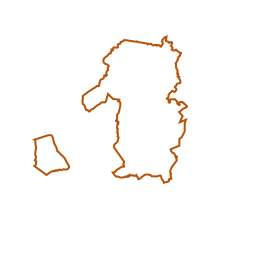 Huehuetlán el Chico, Puebla, Mexico (orthographic projection), rotated 44°
{"feature_id": "50627088B51636032472244", "entity_name": "Huehuetlán el Chico", "entity_type": "district", "adm_level": 2, "iso_a3": "MEX", "parent_name": "Mexico", "parent_adm1": "Puebla", "projection": "orthographic", "projection_center": [-98.73, 18.359], "detail": "fine", "context": "isolated", "style": "outline", "palette": "amber", "viewbox_px": 256, "rotation_deg": 44, "n_neighbors": 0, "source": "geoboundaries", "source_scale": "gbopen_adm2", "svg_char_len": 5723}
<svg xmlns="http://www.w3.org/2000/svg" viewBox="0 0 256 256"><g transform="rotate(44 128 128)"><path d="M99.3,36.0L98.5,38.1L98.1,38.3L97.5,38.1L96.8,38.1L94.9,39.0L94.6,38.8L92.3,35.6L92.1,36.4L91.3,37.3L91.6,37.9L91.7,38.6L91.4,40.5L91.9,40.9L92.2,42.2L93.2,42.4L94.3,42.9L94.3,43.2L95.0,44.6L94.9,45.4L95.1,46.2L94.9,46.2L94.7,46.8L94.0,46.8L93.7,46.5L91.5,47.9L91.5,48.6L90.7,48.5L90.5,48.8L89.8,49.4L89.7,50.0L89.0,50.5L88.6,51.2L87.1,51.5L86.1,51.4L85.8,51.7L85.7,52.1L83.9,53.4L83.9,54.1L83.3,53.8L75.3,59.4L74.2,59.5L74.1,60.2L64.1,67.3L64.4,68.1L64.3,68.6L64.0,69.4L63.5,70.0L63.5,70.6L63.1,70.9L63.0,71.3L63.7,72.5L63.8,73.1L63.4,73.4L62.7,74.9L63.1,75.6L64.2,76.4L64.6,77.0L64.6,77.4L63.0,79.0L62.6,79.2L61.8,79.9L61.7,80.3L62.3,81.1L62.1,82.0L61.6,82.9L62.0,83.0L63.1,82.7L63.2,82.9L62.7,84.1L62.5,85.0L63.6,85.8L63.6,86.3L62.7,87.8L63.0,91.0L62.7,92.0L62.4,94.4L62.8,95.4L63.2,96.1L63.1,96.4L64.6,97.5L65.8,97.8L67.3,97.6L68.5,96.9L69.4,96.7L70.8,96.6L71.3,97.0L71.8,98.7L72.1,99.3L72.6,99.7L73.3,100.0L73.5,100.4L73.3,101.3L73.3,102.0L74.3,103.7L75.0,104.5L75.9,104.5L76.2,105.2L76.0,105.9L75.8,106.2L74.7,106.3L74.4,106.6L75.4,108.1L75.9,109.5L75.5,110.5L75.0,111.5L74.9,112.7L75.3,113.7L76.2,115.5L77.6,117.2L77.8,117.9L77.8,118.4L77.4,118.7L76.9,118.7L76.3,119.9L76.4,120.6L74.2,129.7L74.1,131.3L73.5,134.2L73.3,136.5L73.6,137.0L75.2,138.0L75.6,139.2L77.7,141.3L78.7,142.1L79.6,141.9L81.3,142.1L82.0,142.4L83.6,143.4L84.6,143.6L85.2,144.0L85.5,143.6L86.6,143.4L87.0,143.3L87.2,143.0L88.2,143.3L88.4,143.2L88.8,142.9L89.0,142.4L88.8,141.9L88.7,140.6L88.9,139.9L89.6,138.5L90.2,132.8L91.2,129.8L90.9,129.4L91.1,128.2L91.7,127.4L92.3,127.0L92.7,126.2L93.4,125.9L93.7,125.2L93.8,124.5L90.0,117.4L97.0,117.5L101.9,113.8L102.0,114.8L102.4,115.7L103.4,114.8L104.9,115.2L106.3,116.5L107.8,118.6L110.5,123.1L110.9,124.3L110.8,125.0L110.9,126.1L111.3,126.6L112.3,127.2L114.4,130.0L114.5,130.4L114.2,131.1L114.5,131.3L114.8,131.2L116.0,130.4L116.6,130.2L117.2,130.5L117.4,130.7L117.3,131.0L116.9,131.5L117.4,132.1L118.1,131.9L118.3,132.0L117.9,132.9L118.8,133.7L119.9,135.7L120.4,135.9L120.9,135.6L121.3,135.7L121.9,136.3L122.1,136.6L122.4,137.7L123.7,138.4L123.6,138.8L124.0,139.0L124.6,139.1L125.0,139.7L126.0,140.3L126.4,141.3L126.7,141.4L127.6,141.2L128.0,141.6L128.5,142.6L129.0,143.3L130.1,145.7L129.7,149.2L129.9,150.0L130.8,150.9L131.7,151.7L148.6,154.9L149.3,156.0L150.0,157.5L150.5,157.6L152.0,158.5L150.7,159.8L150.5,160.7L150.0,161.6L149.8,163.1L149.1,165.3L149.0,166.6L149.2,168.1L149.1,168.7L147.9,170.6L151.1,171.2L153.5,171.1L154.1,170.2L155.6,169.4L156.3,169.2L157.8,168.3L158.9,166.7L159.6,165.9L159.7,164.8L160.5,164.5L161.1,164.0L160.9,163.6L161.0,163.3L161.8,163.2L162.1,162.9L161.9,162.6L161.1,162.8L161.0,162.3L161.6,161.4L162.5,160.9L161.8,160.3L162.0,160.1L162.8,160.2L163.6,159.3L164.9,158.4L165.5,158.3L166.0,157.8L166.4,157.4L166.7,156.0L167.8,156.8L168.6,156.7L169.4,156.8L170.8,157.5L171.3,157.4L171.8,155.7L171.9,153.7L172.6,150.1L173.2,149.1L174.8,147.5L176.4,146.5L178.9,146.1L179.2,145.7L180.9,144.1L182.1,143.3L183.0,141.6L184.3,139.7L184.9,139.6L185.5,139.8L187.2,141.0L188.0,141.3L188.6,141.2L189.6,141.5L190.2,141.5L191.8,142.5L194.1,138.7L194.3,137.7L193.5,137.2L193.2,136.2L193.5,135.7L194.3,135.0L194.4,134.4L194.1,134.1L192.2,133.1L191.4,132.3L190.7,131.9L190.6,131.6L190.9,131.2L190.7,130.9L189.0,130.5L188.5,130.1L186.7,125.9L185.7,117.9L185.3,117.2L184.8,116.8L182.4,115.8L183.3,114.8L183.2,114.7L181.5,114.9L180.0,114.7L179.3,114.4L178.6,114.3L177.5,114.9L175.2,114.7L174.8,114.6L174.2,114.0L173.6,113.9L173.5,113.5L177.2,105.1L172.5,100.1L172.8,99.1L173.0,97.1L171.2,91.2L165.5,85.1L163.9,81.8L161.3,87.8L158.9,81.4L153.6,81.0L153.9,79.7L154.3,75.7L155.7,72.2L155.6,71.7L155.1,71.4L153.6,71.4L152.7,71.3L151.7,71.6L150.5,71.3L150.3,71.7L149.8,71.8L148.8,71.7L147.4,73.1L147.3,74.0L147.8,74.6L149.1,75.3L149.0,75.9L147.5,76.2L146.6,76.2L145.7,75.6L145.5,75.1L145.0,74.9L142.2,74.7L141.6,74.8L140.8,75.9L139.4,77.0L138.9,77.6L138.7,78.2L140.1,80.1L140.4,80.6L140.2,81.1L139.8,81.2L139.3,81.1L138.5,80.4L137.8,79.3L137.5,79.1L136.5,79.4L135.9,79.9L135.6,79.9L135.5,79.7L135.5,79.3L135.9,78.8L135.7,77.8L134.1,75.8L133.8,73.3L134.0,73.0L134.0,72.5L133.9,71.0L134.0,70.5L134.6,70.2L136.1,70.0L136.5,69.7L136.6,69.0L136.4,67.1L136.1,66.6L135.8,66.4L133.4,66.1L133.0,65.6L133.3,64.0L132.7,62.6L132.6,61.9L133.2,60.9L133.8,60.3L134.1,59.7L134.1,59.2L133.8,58.3L131.4,57.0L129.3,56.7L129.2,55.7L128.2,56.3L127.9,56.4L127.4,55.2L126.9,54.9L126.2,54.9L126.5,54.1L126.3,53.9L125.5,54.0L124.9,53.8L124.6,53.6L124.1,52.4L122.6,51.7L121.4,51.6L120.2,50.8L118.6,49.0L117.3,48.3L117.2,47.0L116.8,45.9L116.7,45.1L116.3,44.1L115.7,43.8L115.6,42.8L115.1,42.3L115.0,41.5L115.3,39.9L115.0,39.6L114.5,39.4L114.2,37.3L113.8,37.2L112.9,37.9L109.3,38.3L109.2,38.4L108.1,38.3L107.7,40.0L105.8,41.3L105.2,40.9L105.0,41.0L104.7,39.8L104.3,39.3L101.7,39.0L101.6,37.9L100.9,36.9L100.5,35.9L99.3,36.0ZM83.2,215.4L83.5,215.1L83.9,215.1L84.2,215.4L84.4,216.1L85.4,216.0L85.6,216.6L86.0,216.8L86.6,217.5L87.1,218.2L87.1,220.4L102.0,218.4L102.9,213.5L103.3,212.6L103.3,212.1L104.2,211.1L104.3,210.4L105.1,210.1L105.1,209.4L105.7,209.1L105.5,208.6L105.8,208.1L107.3,207.4L107.5,206.4L107.3,206.3L107.6,205.4L109.2,204.7L110.3,202.5L112.4,200.9L113.0,199.7L113.1,197.8L112.7,196.9L112.2,196.5L102.7,193.6L101.2,193.7L100.1,193.4L99.0,193.8L95.5,193.4L93.3,193.7L91.7,192.9L90.1,191.8L85.3,190.2L84.5,189.5L83.3,189.0L81.4,187.6L79.5,186.7L78.6,186.4L77.9,186.5L75.7,188.5L68.8,201.5L69.9,201.4L70.3,201.6L73.0,204.2L75.3,205.6L75.9,206.2L76.7,207.7L77.1,208.1L77.5,209.0L78.3,209.8L79.4,211.3L79.9,211.8L81.1,212.2L82.0,212.7L82.9,214.5L83.2,215.4Z" fill="none" stroke="#b45309" stroke-width="2"/></g></svg>